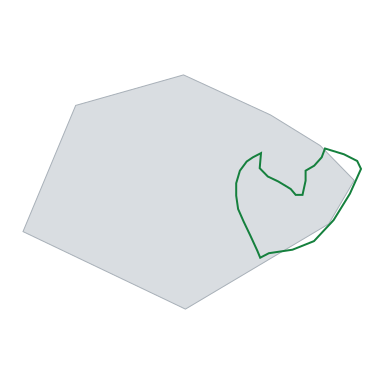 South East highlighted on a map of Singapore
{"feature_id": "SGP-4875", "entity_name": "South East", "entity_type": "state/province", "adm_level": 1, "iso_a3": "SGP", "parent_name": "Singapore", "parent_adm1": "", "projection": "equal_earth", "projection_center": [103.927, 1.348], "detail": "fine", "context": "in_parent", "style": "outline", "palette": "green", "viewbox_px": 384, "rotation_deg": 0, "n_neighbors": 0, "source": "natural_earth", "source_scale": "10m", "svg_char_len": 666}
<svg xmlns="http://www.w3.org/2000/svg" viewBox="0 0 384 384"><path d="M328.7,223.9L185.4,309.1L23.0,231.6L75.7,105.4L183.5,74.9L270.6,115.0L320.2,145.6L354.2,180.4L328.7,223.9Z" fill="#d9dde1" stroke="#a8b0b8" stroke-width="1"/><path d="M325.0,148.5L344.0,154.3L357.2,161.0L361.0,168.9L349.9,193.7L333.6,220.1L314.0,241.1L292.5,249.7L268.9,253.2L260.2,257.7L257.3,250.7L250.4,235.7L243.6,221.5L238.1,209.0L236.2,195.7L236.2,183.2L239.9,170.7L246.7,161.5L252.9,157.3L261.0,153.1L259.7,168.2L267.8,176.5L278.3,181.5L290.7,189.0L295.7,194.9L302.5,194.9L305.6,180.7L305.6,170.7L314.2,165.7L321.7,157.3L325.0,148.5Z" fill="none" stroke="#15803d" stroke-width="2"/></svg>